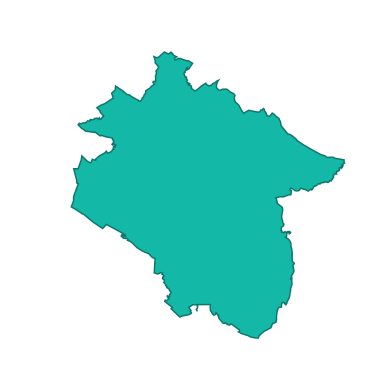 Strugari, Bacau, Romania (Robinson projection), rotated 24°
{"feature_id": "2599482B25592261282665", "entity_name": "Strugari", "entity_type": "district", "adm_level": 2, "iso_a3": "ROU", "parent_name": "Romania", "parent_adm1": "Bacau", "projection": "robinson", "projection_center": [26.748, 46.532], "detail": "fine", "context": "isolated", "style": "filled", "palette": "teal", "viewbox_px": 384, "rotation_deg": 24, "n_neighbors": 0, "source": "geoboundaries", "source_scale": "gbopen_adm2", "svg_char_len": 5980}
<svg xmlns="http://www.w3.org/2000/svg" viewBox="0 0 384 384"><g transform="rotate(24 192 192)"><path d="M311.9,298.5L311.8,296.3L313.4,292.2L314.9,289.5L319.3,284.0L319.1,280.7L319.6,278.7L320.3,278.5L321.8,276.3L321.1,275.9L321.3,274.6L319.6,270.9L318.1,265.5L318.0,263.3L318.5,261.7L320.5,260.8L319.1,256.9L319.9,256.5L320.1,255.8L321.2,255.4L321.9,256.2L323.0,255.7L323.4,256.1L323.2,256.8L323.6,256.9L323.9,255.2L323.5,253.5L323.8,250.4L323.6,247.5L322.6,244.5L322.2,242.0L321.4,240.3L320.9,235.6L318.5,231.2L317.5,231.4L317.2,230.7L318.4,230.4L317.0,228.1L317.5,224.5L317.1,222.3L313.8,217.9L314.4,216.9L314.5,215.5L312.0,214.7L311.5,214.0L308.1,206.5L305.7,202.7L304.9,202.1L303.1,198.5L300.8,196.6L299.1,195.8L295.8,195.4L296.5,194.5L295.3,190.6L297.0,189.4L297.8,190.6L298.5,189.6L298.5,188.7L296.8,188.5L294.3,190.4L293.1,190.6L293.0,191.2L292.3,191.4L292.0,192.2L291.2,191.8L290.1,192.2L289.7,190.9L288.5,190.7L288.7,189.9L288.1,188.5L288.2,187.6L289.3,186.0L289.3,184.8L288.9,183.9L287.2,183.0L286.2,181.0L284.7,179.7L283.7,177.5L282.3,171.9L280.8,169.4L273.9,167.5L274.1,167.1L273.3,165.6L272.8,165.4L272.1,164.1L270.8,163.2L274.7,160.3L277.0,159.6L281.5,155.4L283.4,154.2L282.4,150.4L280.5,150.2L280.3,149.4L280.6,148.3L283.2,148.2L285.5,148.8L286.7,148.6L288.8,147.5L289.3,146.7L289.8,144.4L294.8,143.7L297.8,143.9L299.4,141.0L300.2,141.5L300.9,140.8L301.1,137.5L301.6,136.7L302.5,136.3L304.4,132.8L305.7,132.6L306.1,131.2L308.5,129.8L308.4,129.2L311.5,127.9L312.3,128.0L313.2,126.6L313.1,125.7L314.8,125.1L314.4,123.9L315.1,123.2L314.8,122.5L315.3,121.8L315.4,120.9L314.7,120.3L314.5,118.5L315.2,117.7L315.3,117.0L316.7,116.7L316.1,116.1L316.1,113.9L316.9,113.7L317.9,111.8L317.0,110.8L317.0,110.1L317.5,109.4L318.5,109.6L318.2,108.6L319.2,108.6L319.2,108.1L318.1,106.9L319.2,107.1L319.3,106.5L318.6,105.7L318.6,105.0L318.9,104.1L319.6,103.5L318.4,102.3L317.9,100.8L308.9,103.0L306.5,102.9L301.2,105.5L298.8,104.9L294.3,105.4L287.1,104.9L274.7,103.6L267.1,102.3L265.2,101.1L258.9,99.6L255.7,99.9L246.4,95.2L244.3,91.9L241.2,89.3L238.5,88.9L234.8,87.4L233.2,87.3L232.4,90.7L231.2,91.5L229.7,91.9L226.9,89.2L225.0,88.3L224.5,87.1L223.3,86.7L222.8,88.5L221.5,89.2L221.3,91.1L219.9,92.2L210.6,94.3L207.1,99.0L204.4,97.5L199.2,93.5L194.6,92.0L192.9,89.8L192.2,88.3L192.0,86.3L190.3,85.3L186.7,85.1L181.9,83.9L178.0,85.7L176.4,87.7L175.2,87.9L172.8,87.3L171.6,86.2L170.6,83.4L170.7,82.1L170.3,81.4L170.7,79.3L169.4,80.8L168.7,82.7L166.9,84.5L166.4,86.2L164.8,88.0L162.0,88.0L160.8,87.6L160.3,87.0L157.7,91.0L154.6,97.3L154.0,98.1L152.6,98.4L148.9,97.4L149.0,96.4L147.9,95.3L146.7,95.1L146.4,95.6L145.5,95.7L145.2,95.2L145.8,93.9L144.7,93.9L144.8,95.0L143.8,94.7L142.2,93.1L142.3,91.6L141.2,91.2L140.2,89.3L139.2,89.9L136.3,87.0L136.4,86.1L137.0,85.6L136.6,85.3L136.9,82.9L136.6,82.2L137.0,81.5L136.6,80.7L137.2,80.1L137.9,81.0L138.1,82.0L139.3,80.5L139.4,78.3L140.2,74.2L135.1,73.6L134.6,74.1L129.8,74.7L126.7,74.8L126.0,75.5L125.0,75.5L123.5,77.9L122.6,78.3L121.7,76.7L123.0,74.7L119.6,74.7L117.9,73.4L117.1,73.6L116.5,72.8L115.7,73.1L114.5,75.5L109.8,75.4L106.5,82.7L104.6,83.8L102.2,83.8L105.4,87.4L105.5,88.6L106.1,89.1L110.6,91.2L110.6,94.2L110.0,95.2L110.0,96.4L110.9,96.8L111.0,98.4L111.5,99.1L111.4,101.0L112.2,102.1L113.9,105.9L112.7,106.1L111.6,106.8L111.9,108.0L113.3,108.3L113.9,108.8L111.8,112.1L111.5,113.8L108.6,118.3L109.5,121.0L108.8,122.3L109.0,125.2L108.3,126.4L108.5,128.0L107.8,130.3L97.7,129.4L95.9,128.8L92.9,129.3L87.7,127.8L79.1,126.3L80.4,129.8L78.4,134.4L81.9,138.2L76.2,147.0L73.4,149.8L70.8,153.7L74.8,155.3L75.7,156.4L80.5,158.7L79.6,160.0L79.8,160.6L79.3,161.6L79.3,162.4L78.2,162.7L77.6,162.3L77.8,163.0L77.0,162.9L76.8,163.4L76.6,162.9L75.6,163.0L73.3,164.3L73.3,164.9L72.6,165.4L72.2,166.3L70.3,167.1L70.0,167.7L69.7,167.4L69.5,168.0L69.8,168.4L68.7,169.3L67.8,169.4L66.6,172.2L65.1,172.8L62.3,175.1L61.2,175.0L60.9,175.3L61.1,176.7L60.1,176.8L65.9,178.9L67.1,178.8L69.8,179.7L78.7,177.2L78.9,176.7L85.3,178.1L86.5,177.0L91.1,176.6L96.9,175.1L97.8,175.5L97.9,176.4L99.8,177.1L100.1,177.8L99.8,178.3L100.1,178.8L99.5,180.9L100.3,181.3L100.6,180.1L101.1,179.8L101.3,180.4L101.6,180.4L101.5,179.9L103.2,180.2L103.3,180.7L102.4,181.8L103.4,182.0L103.4,182.3L102.0,182.2L101.9,182.5L102.1,183.7L103.2,184.7L102.2,185.3L102.3,186.0L101.6,188.3L99.4,190.8L97.0,189.6L96.7,191.4L92.6,196.9L91.3,199.9L90.7,200.6L91.0,202.2L87.6,202.7L87.9,205.7L87.0,206.8L83.6,206.4L76.7,203.8L77.8,207.9L78.5,217.1L74.5,218.9L81.9,228.2L83.1,230.6L84.8,230.5L85.7,244.3L87.4,248.3L87.8,254.7L93.7,255.3L101.0,256.6L102.1,256.4L113.8,259.7L125.2,261.7L127.1,256.4L144.5,257.8L146.7,258.4L147.4,258.2L149.3,259.1L149.4,259.7L147.6,260.0L145.4,259.6L145.2,261.0L148.2,262.1L151.8,261.0L153.5,261.7L153.1,262.4L155.3,262.2L158.5,262.9L164.4,265.2L171.0,266.1L177.9,266.0L182.0,267.8L183.7,268.0L185.3,267.6L190.4,281.2L194.0,280.9L196.6,278.1L197.5,277.9L197.9,278.1L198.1,279.5L199.8,279.3L200.2,279.6L200.6,280.9L200.1,280.9L200.0,282.4L200.4,283.2L202.2,283.5L203.2,284.9L203.1,286.3L205.3,286.9L205.7,288.0L207.5,288.5L207.7,289.4L208.2,289.7L208.6,289.5L210.8,290.1L211.3,291.0L213.9,292.1L213.3,295.0L214.0,296.3L213.5,296.8L211.9,296.8L212.3,297.4L212.1,297.8L214.2,298.4L214.3,298.9L213.6,299.4L213.8,300.2L213.1,301.3L211.5,301.8L211.6,303.1L221.2,305.5L220.4,307.1L231.7,311.2L233.4,309.3L239.5,305.0L240.5,303.4L240.6,302.5L239.0,301.7L239.3,300.7L236.0,298.7L238.5,294.8L241.9,293.1L242.8,293.5L243.9,295.1L244.0,296.8L243.6,297.4L244.6,298.4L244.8,298.3L243.9,297.5L244.2,296.2L243.6,293.9L242.1,293.0L253.9,287.6L254.9,287.8L255.5,290.0L257.2,293.0L258.3,293.3L260.1,294.9L262.1,295.6L263.5,294.1L263.1,292.6L263.7,292.6L266.4,293.9L266.1,294.5L267.3,295.3L268.1,296.6L273.7,299.2L275.6,298.7L275.6,297.9L277.5,297.9L277.7,298.6L280.1,298.4L280.6,298.2L281.0,296.9L282.2,296.7L291.4,298.7L291.9,299.7L291.9,300.5L291.5,300.9L295.2,301.1L301.6,300.4L304.2,300.6L309.0,299.6L311.9,298.5Z" fill="#14b8a6" stroke="#0f766e" stroke-width="1.5"/></g></svg>